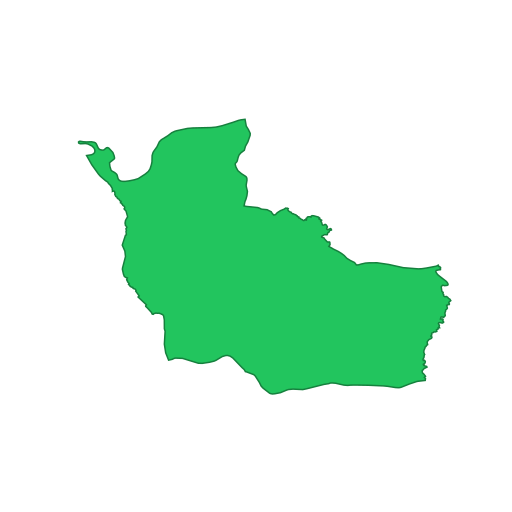 the district of Thawat Buri, Roi Et, Thailand, rotated 284°
{"feature_id": "78962969B6809780389556", "entity_name": "Thawat Buri", "entity_type": "district", "adm_level": 2, "iso_a3": "THA", "parent_name": "Thailand", "parent_adm1": "Roi Et", "projection": "equal_earth", "projection_center": [103.792, 16.038], "detail": "fine", "context": "isolated", "style": "filled", "palette": "green", "viewbox_px": 512, "rotation_deg": 284, "n_neighbors": 0, "source": "geoboundaries", "source_scale": "gbopen_adm2", "svg_char_len": 6122}
<svg xmlns="http://www.w3.org/2000/svg" viewBox="0 0 512 512"><g transform="rotate(284 256 256)"><path d="M291.2,435.0L289.8,433.5L285.6,424.4L283.8,420.0L282.8,416.7L280.3,401.7L279.9,386.8L278.7,375.0L276.7,367.3L275.6,363.9L273.6,359.9L272.2,357.6L271.6,355.6L273.5,353.2L274.5,348.5L275.8,344.6L277.8,341.5L279.1,338.5L280.3,334.8L281.4,329.6L282.9,324.4L284.9,325.1L287.2,324.3L287.4,323.6L286.9,322.5L287.0,321.6L289.2,318.3L290.0,317.6L290.1,315.6L290.3,315.1L290.7,315.0L291.2,315.1L293.3,317.3L293.7,319.4L294.0,320.0L295.8,320.0L296.9,321.1L297.9,321.2L298.7,321.6L299.4,322.9L300.1,322.7L300.5,322.2L300.6,321.5L299.1,319.6L298.9,319.1L299.0,318.5L299.6,318.0L301.6,318.2L302.7,317.1L303.3,316.3L303.4,315.4L302.3,314.1L302.1,313.4L302.3,312.8L304.7,311.4L305.4,310.3L305.7,310.3L306.4,311.1L306.7,311.0L307.0,308.6L307.3,308.0L307.7,308.0L308.2,308.6L308.9,307.1L309.0,302.3L308.7,300.6L308.0,299.9L307.0,299.9L307.2,299.0L306.8,297.4L306.3,296.5L305.6,296.5L304.8,295.7L304.1,295.5L303.4,296.3L303.0,296.2L302.9,294.5L302.1,294.1L301.9,293.4L302.5,291.8L302.5,290.9L302.9,290.4L303.3,289.5L303.3,288.5L304.2,288.2L304.3,286.7L304.9,286.4L305.0,285.6L305.6,284.8L305.7,283.0L306.0,282.0L305.8,281.4L306.3,280.0L306.9,279.6L307.1,277.9L307.9,276.2L309.0,275.6L309.8,275.8L310.0,274.6L309.7,274.1L309.7,273.2L308.3,272.0L305.9,268.7L303.1,266.1L300.9,264.9L300.0,263.4L301.3,261.4L302.6,260.1L303.6,255.5L302.8,250.1L303.3,247.6L303.4,245.8L301.8,234.8L301.7,232.3L306.1,232.1L308.6,232.5L312.3,232.6L316.5,232.1L321.2,229.7L322.4,229.3L327.4,228.9L329.3,228.3L330.3,227.5L330.8,226.6L332.4,221.9L334.4,217.8L337.5,215.0L340.0,213.6L341.0,213.6L342.3,214.4L343.6,214.8L347.4,214.8L349.8,215.1L352.3,216.3L355.8,219.1L359.9,219.2L364.8,220.5L371.6,221.1L373.4,220.8L374.0,220.4L376.8,218.1L379.7,215.1L386.0,212.3L384.5,208.5L383.4,206.3L380.2,201.4L374.0,191.2L371.4,186.0L369.7,181.1L364.9,163.6L363.2,158.6L358.5,149.0L357.5,147.2L355.2,144.4L351.3,141.3L345.9,136.0L343.5,134.6L338.0,133.5L332.5,131.3L331.0,131.0L328.3,130.9L322.1,132.3L319.1,132.4L314.9,132.1L312.0,131.1L308.8,128.8L302.6,123.0L300.5,119.5L298.2,114.7L296.7,110.8L296.2,108.8L296.0,106.9L296.2,105.7L296.7,104.6L297.6,103.5L300.9,101.7L301.7,100.9L302.8,98.7L303.6,95.7L304.2,94.6L307.7,92.5L311.1,91.3L315.8,94.9L316.5,95.1L317.3,94.9L319.1,94.0L321.8,92.1L325.1,87.1L325.3,85.8L324.8,84.7L322.1,82.7L321.7,81.9L321.5,80.7L321.5,78.8L322.0,77.6L322.6,76.8L326.1,74.0L326.9,72.9L327.2,71.6L327.0,68.6L325.7,64.1L325.1,60.9L324.8,57.4L324.4,56.7L323.7,56.2L322.7,56.6L322.4,57.9L322.5,58.8L323.9,63.5L324.0,65.9L323.0,70.3L321.5,72.7L320.3,73.7L319.2,74.2L318.0,74.4L316.7,74.1L315.4,73.1L314.4,71.8L312.5,67.3L304.8,74.6L297.4,83.3L295.8,85.6L292.7,91.7L291.8,94.3L290.7,95.3L289.3,97.7L286.8,100.2L285.2,100.6L284.8,101.1L284.0,101.1L284.5,101.9L284.5,102.9L284.3,103.2L282.6,104.0L281.6,104.1L279.9,105.5L279.4,106.9L278.3,107.7L278.1,109.0L276.6,110.7L276.4,111.8L274.9,111.6L274.7,112.5L274.0,113.2L274.0,113.8L273.0,114.4L272.3,116.2L271.8,116.7L270.5,117.0L270.1,116.6L269.7,116.7L268.2,119.0L263.3,121.8L262.3,121.9L261.7,121.5L258.9,120.8L257.9,120.8L257.2,121.1L256.7,120.9L255.9,121.1L255.5,121.6L255.1,121.5L254.1,121.9L253.3,123.2L252.5,123.8L250.9,123.2L249.5,124.1L248.5,123.9L245.2,125.1L244.5,124.3L234.2,123.6L229.0,127.6L223.9,129.5L212.0,129.4L210.7,129.6L206.3,131.8L204.3,133.2L203.7,134.8L203.6,136.5L201.8,136.2L201.3,136.5L201.3,137.0L200.0,137.5L198.5,139.6L197.6,139.2L196.5,141.1L196.1,141.2L195.7,142.8L195.7,144.1L195.0,144.4L194.7,145.3L194.8,146.2L194.7,146.6L193.6,148.0L192.8,147.8L189.0,152.3L187.7,151.5L182.1,161.5L180.8,161.0L180.4,161.2L179.3,163.2L176.0,168.1L174.5,169.4L174.6,170.4L175.0,170.4L176.4,172.6L176.6,174.3L177.1,175.8L176.9,177.1L177.0,177.5L176.7,178.2L176.6,179.4L176.2,180.1L175.4,180.9L171.8,182.5L163.2,184.7L161.1,186.0L148.3,188.4L140.2,191.8L133.8,196.4L135.4,199.6L137.1,201.7L137.5,202.7L138.9,209.5L138.0,225.9L138.8,229.7L141.6,236.5L143.8,240.7L145.0,242.3L150.3,247.6L152.0,250.5L152.6,252.2L152.6,255.0L151.5,258.1L144.2,269.7L143.0,272.0L141.2,273.7L141.3,274.5L140.4,282.1L140.1,283.1L139.3,284.4L134.1,289.9L131.0,292.5L129.5,294.8L126.2,302.3L126.0,303.4L126.1,305.3L126.9,307.6L129.3,312.8L133.4,318.3L134.3,319.8L135.8,324.1L137.7,333.7L139.6,337.6L147.9,353.1L149.8,357.6L150.6,358.6L151.2,360.5L151.8,363.9L152.0,372.5L152.6,376.2L153.7,379.3L155.2,385.2L157.8,396.4L160.8,411.2L161.4,415.2L162.1,423.1L162.6,425.8L163.1,427.4L163.9,428.8L169.0,435.9L173.0,442.2L173.6,443.4L176.2,450.3L178.1,450.1L179.0,448.7L180.3,449.6L181.9,447.6L182.9,445.8L184.6,445.0L185.4,445.1L185.8,445.6L187.8,446.5L188.1,447.2L189.6,448.8L190.2,448.2L190.1,446.8L190.4,446.0L190.4,445.3L191.3,444.5L191.7,444.6L192.0,445.5L192.4,445.5L192.9,445.8L194.3,445.9L194.9,445.6L195.6,444.5L195.1,443.7L195.9,443.1L196.9,443.1L198.2,443.5L200.7,443.2L201.2,443.5L201.6,443.1L202.6,442.5L202.9,442.1L205.2,441.8L207.3,442.2L208.5,442.1L209.3,442.8L210.7,443.2L211.5,444.0L213.5,443.0L214.3,442.9L216.6,443.9L218.4,446.0L219.2,446.4L220.0,446.3L220.3,445.2L220.6,445.0L222.0,445.7L222.8,445.2L223.8,445.3L224.7,446.6L225.5,447.0L225.6,448.2L226.6,449.7L228.1,449.0L229.3,450.4L230.3,450.1L230.8,451.5L231.9,450.6L232.9,450.8L234.6,449.3L235.3,449.4L235.7,449.9L236.0,450.8L235.9,452.1L236.1,453.3L237.2,454.1L237.7,453.8L238.2,452.8L239.4,453.0L240.0,452.5L240.0,451.8L239.5,450.9L239.4,450.2L241.2,450.2L241.5,450.3L241.8,451.0L241.9,453.1L242.7,453.2L243.8,454.1L246.6,453.0L248.0,453.3L249.5,453.1L251.1,454.2L251.8,454.3L254.3,452.9L254.8,453.8L255.4,454.1L255.6,455.2L256.2,455.3L257.3,454.4L257.9,454.4L259.8,455.8L261.0,454.6L261.4,453.2L262.4,451.8L262.8,450.5L262.2,449.1L262.5,448.0L263.0,447.6L263.8,447.5L264.8,446.4L266.0,446.4L266.5,445.0L270.8,443.2L271.5,443.3L272.9,444.3L272.8,446.1L273.7,448.5L274.3,449.2L275.1,449.2L276.2,448.3L277.3,447.0L281.0,438.6L282.0,436.6L283.8,434.6L284.4,434.2L285.6,434.4L287.0,437.2L287.2,438.1L287.4,438.3L288.3,437.7L289.1,438.1L289.5,437.8L290.2,436.7L290.0,435.7L291.2,435.0Z" fill="#22c55e" stroke="#15803d" stroke-width="1.5"/></g></svg>